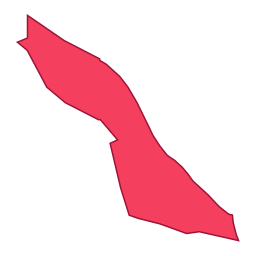 Grande Riviere/Funier, Dennery, Saint Lucia
{"feature_id": "8701671B45029066757980", "entity_name": "Grande Riviere/Funier", "entity_type": "district", "adm_level": 2, "iso_a3": "LCA", "parent_name": "Saint Lucia", "parent_adm1": "Dennery", "projection": "albers", "projection_center": [-60.933, 13.933], "detail": "fine", "context": "isolated", "style": "filled", "palette": "rose", "viewbox_px": 256, "rotation_deg": 0, "n_neighbors": 0, "source": "geoboundaries", "source_scale": "gbopen_adm2", "svg_char_len": 671}
<svg xmlns="http://www.w3.org/2000/svg" viewBox="0 0 256 256"><path d="M17.4,42.2L27.2,50.3L46.8,87.2L65.3,102.7L98.7,119.8L100.3,119.6L117.6,139.9L110.1,143.3L120.7,188.1L129.2,215.2L138.3,218.4L160.0,223.9L186.6,233.5L196.6,232.1L199.1,231.7L238.6,240.6L236.2,234.5L233.2,222.5L232.9,219.9L232.4,215.0L229.6,214.4L228.5,214.1L219.1,206.6L208.3,195.1L192.9,181.0L190.8,178.1L188.2,174.4L181.8,166.8L179.1,164.5L174.5,160.2L170.4,157.6L167.2,155.3L159.9,146.1L153.0,135.5L147.9,124.9L137.1,102.8L127.7,86.8L119.6,76.3L108.7,66.5L106.3,64.3L102.5,62.0L99.7,60.4L99.7,58.9L64.2,40.6L27.5,15.4L27.5,38.0L17.4,42.2Z" fill="#f43f5e" stroke="#9f1239" stroke-width="1.5"/></svg>